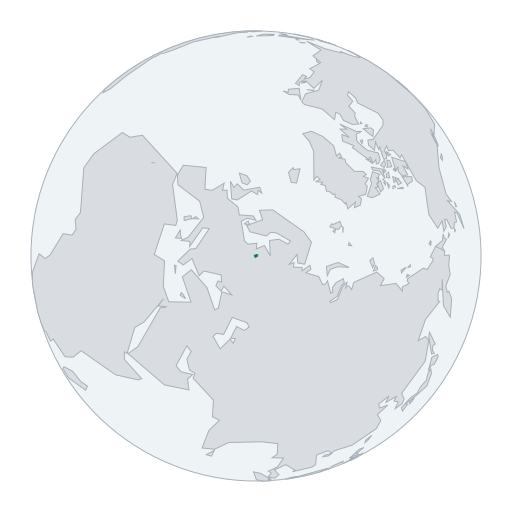 Rezeknes highlighted on a globe, orthographic projection, rotated 75°
{"feature_id": "LVA-1066", "entity_name": "Rezeknes", "entity_type": "Municipality", "adm_level": 1, "iso_a3": "LVA", "parent_name": "Latvia", "parent_adm1": "", "projection": "orthographic", "projection_center": [27.315, 56.501], "detail": "fine", "context": "on_globe", "style": "filled", "palette": "green", "viewbox_px": 512, "rotation_deg": 75, "n_neighbors": 0, "source": "natural_earth", "source_scale": "10m", "svg_char_len": 11625}
<svg xmlns="http://www.w3.org/2000/svg" viewBox="0 0 512 512"><g transform="rotate(75 256 256)"><circle cx="256" cy="256" r="225" fill="#eef3f6" stroke="#a8b0b8"/><path d="M113.6,81.5L138.4,64.5L122.7,74.4L133.9,66.7L134.2,66.5L132.8,67.5L146.6,59.8L157.6,54.3L174.6,49.4L185.5,52.7L179.1,54.3L182.4,55.3L190.7,53.6L195.3,52.3L218.0,56.4L245.4,56.4L254.0,52.9L252.1,56.8L268.6,48.4L283.5,48.0L266.6,50.7L264.8,52.8L274.9,53.4L275.2,55.8L280.3,57.5L279.8,60.4L270.0,62.3L269.5,64.3L276.7,64.6L280.7,68.1L270.3,67.2L276.2,73.2L260.9,78.3L233.4,75.0L224.7,81.7L196.0,89.1L198.5,91.4L189.2,96.3L188.6,100.9L183.4,101.3L187.4,104.8L192.2,103.5L195.6,104.7L195.7,107.4L189.1,108.3L188.1,107.1L186.2,108.8L182.9,108.1L184.6,110.0L176.7,111.0L184.6,114.2L178.3,118.5L173.0,118.0L173.6,112.6L162.6,99.5L157.5,98.1L149.6,101.2L134.7,118.0L129.0,119.0L121.2,124.2L124.3,126.0L131.5,122.5L135.4,127.5L143.7,123.1L146.5,124.6L155.1,122.7L153.8,129.0L147.8,136.3L140.6,138.3L137.8,141.7L144.6,144.9L131.1,154.1L122.3,169.9L118.8,171.9L112.1,166.0L112.2,152.6L103.5,146.5L109.0,156.8L100.3,162.1L98.8,165.8L99.2,169.4L102.5,169.9L99.5,173.2L92.9,164.0L95.5,160.8L97.6,163.6L97.6,157.6L93.1,152.1L89.0,155.6L86.5,144.7L83.6,147.2L81.4,146.5L86.2,143.1L77.4,149.2L73.9,139.9L61.8,151.4L73.8,135.5L78.1,127.9L82.3,120.0L80.3,121.6L88.6,109.9L91.5,103.9L85.8,108.5L80.9,114.3L96.4,97.0L113.6,81.5ZM73.4,124.0L69.1,130.3L69.6,130.2L65.1,138.2L61.8,141.8L73.4,124.0ZM60.0,144.9L52.7,159.1L51.2,162.1L60.0,144.9ZM40.0,192.1L39.9,193.1L38.8,200.3L36.3,207.3L37.5,206.6L35.6,215.5L34.7,235.5L34.1,235.5L33.0,261.1L35.7,283.8L36.3,293.5L35.6,294.5L37.5,302.2L37.6,304.4L48.4,334.7L57.0,354.0L58.7,361.3L55.5,358.6L56.4,360.5L49.6,346.2L43.8,331.6L39.0,316.6L35.3,301.2L32.7,285.7L31.2,270.0L30.7,254.3L31.4,238.5L33.2,222.8L36.0,207.3L40.0,192.1ZM58.9,154.0L48.9,177.8L51.4,167.8L51.5,168.8L54.7,162.0L59.5,151.4L62.6,143.5L58.9,154.0ZM61.5,156.5L63.0,152.9L62.0,156.0L61.5,156.5ZM197.3,51.4L190.8,53.3L183.2,54.2L188.6,52.2L197.3,51.4ZM211.8,51.1L208.8,52.4L205.4,50.6L208.1,50.4L211.8,51.1ZM260.2,50.2L254.9,50.3L259.9,49.4L260.2,50.2ZM281.1,57.3L282.5,56.6L284.5,57.8L281.1,57.3ZM155.3,119.4L155.2,121.0L153.6,120.5L155.3,119.4ZM159.1,117.2L157.4,115.5L158.9,114.2L160.0,115.3L159.1,117.2ZM285.7,63.5L288.5,66.0L283.9,63.8L285.7,63.5ZM160.8,119.6L161.9,112.1L164.7,109.9L170.9,112.2L160.8,119.6ZM289.0,67.6L296.0,73.9L299.7,72.7L293.1,80.0L289.4,72.0L283.1,69.4L287.8,69.5L289.0,67.6ZM193.7,102.0L188.6,103.4L192.8,99.7L193.7,102.0ZM195.6,99.4L203.7,87.1L211.3,86.7L207.1,90.7L216.9,88.4L216.6,94.1L211.2,96.7L206.3,95.8L209.9,98.7L195.6,99.4ZM288.3,83.2L288.6,85.2L286.5,83.5L288.3,83.2ZM197.3,104.9L198.2,102.3L204.9,101.7L204.2,106.7L202.3,105.3L197.3,104.9ZM219.6,85.1L224.4,85.6L225.6,90.4L227.6,91.3L217.3,94.2L219.6,85.1ZM200.8,106.8L203.7,109.3L200.6,112.2L196.8,107.4L200.8,106.8ZM206.9,99.5L210.1,99.5L208.1,101.1L206.9,99.5ZM191.3,124.2L192.3,120.9L195.9,120.2L191.3,124.2ZM205.0,110.1L206.0,109.1L207.5,108.5L208.7,110.8L205.0,110.1ZM218.8,97.5L218.2,99.4L223.1,96.5L224.1,100.2L217.0,101.5L220.5,102.5L220.8,103.6L214.7,103.5L218.8,97.5ZM214.5,111.4L205.9,114.7L203.3,120.8L200.0,121.5L204.8,111.6L214.5,111.4ZM215.2,106.7L214.0,109.7L210.6,108.9L209.2,106.4L215.2,106.7ZM227.3,102.2L227.6,96.3L229.1,96.2L227.3,102.2ZM214.4,113.3L216.5,112.5L214.7,113.8L214.4,113.3ZM224.1,105.7L224.0,103.6L225.8,103.5L224.1,105.7ZM220.8,112.7L218.0,113.7L217.0,112.0L220.8,112.7ZM222.9,109.6L225.3,110.1L218.3,110.7L222.5,108.7L222.9,109.6ZM225.8,106.1L226.8,105.3L225.6,107.0L225.8,106.1ZM226.3,118.9L217.7,120.2L215.4,116.2L224.1,115.5L226.3,118.9ZM226.5,479.3L225.7,479.2L213.9,476.2L197.7,464.9L203.9,460.4L201.8,454.7L184.5,436.5L188.3,428.2L183.6,422.9L174.0,421.2L168.5,414.3L162.7,412.2L126.2,399.5L115.2,386.0L102.1,353.0L108.7,347.0L110.0,334.4L155.8,310.8L165.4,318.1L201.2,322.8L205.7,325.6L201.3,336.2L228.2,353.9L237.0,345.6L261.4,353.4L277.7,352.1L283.8,330.7L257.0,332.5L252.5,322.0L274.1,311.5L297.5,309.9L296.5,305.8L281.8,298.2L287.3,289.5L276.7,294.8L280.9,298.8L274.4,302.5L270.2,299.1L272.3,296.0L265.3,294.6L257.0,310.2L260.4,316.0L241.9,318.5L245.8,328.5L240.7,332.9L232.3,317.7L233.3,312.2L217.5,294.1L214.9,300.0L229.6,317.6L224.9,315.9L221.5,324.7L220.4,316.7L205.1,296.5L188.5,296.2L167.1,312.9L157.5,311.0L149.5,302.7L157.6,281.3L178.2,288.1L181.3,281.2L177.4,267.9L184.0,271.3L184.9,266.9L192.7,268.8L204.0,260.7L212.0,261.5L216.6,248.2L221.4,246.9L217.2,255.0L218.7,261.3L238.5,263.2L242.5,260.6L243.9,251.9L249.2,253.8L248.0,245.2L259.5,242.1L244.5,238.9L245.8,229.3L252.8,222.2L250.5,218.7L239.0,230.3L236.9,235.6L239.3,240.9L231.1,255.5L224.2,257.1L222.6,240.2L212.7,240.9L215.8,227.9L245.0,203.5L257.1,198.9L276.5,211.1L273.6,217.4L265.1,216.0L272.7,226.0L272.2,221.0L276.6,222.7L278.9,214.5L282.2,215.4L278.9,206.2L283.1,206.4L285.1,212.2L292.1,200.7L301.0,199.0L301.0,196.1L298.5,193.4L311.4,193.4L310.8,191.2L306.4,190.4L302.5,185.6L300.5,177.4L305.0,177.8L306.4,180.8L316.0,188.1L318.8,196.4L320.5,195.8L319.1,188.7L307.4,179.8L304.9,174.8L311.0,178.1L308.6,176.5L308.8,174.1L313.2,172.3L306.8,168.4L302.8,143.5L311.0,138.0L316.8,143.4L318.8,127.8L327.9,123.7L323.9,122.8L322.1,115.2L319.2,116.4L317.1,115.4L311.1,97.6L313.3,94.1L306.1,86.2L304.0,85.8L302.0,87.9L293.1,80.0L299.7,72.7L304.2,73.8L305.3,68.9L315.2,72.3L324.0,73.2L334.2,80.4L340.3,80.7L340.0,78.8L348.0,78.1L365.4,84.2L352.5,87.8L326.6,82.2L337.3,85.0L335.2,87.0L339.2,89.8L346.7,91.8L347.4,90.3L361.1,108.7L379.8,121.3L377.7,113.0L382.0,110.8L401.4,119.8L426.4,150.9L432.4,149.9L436.5,153.2L439.5,161.1L433.7,156.4L431.8,160.2L428.0,156.7L431.0,168.4L425.7,163.8L430.6,175.6L434.8,176.2L434.1,167.3L440.6,179.9L447.1,177.9L453.9,184.6L463.6,212.2L464.4,230.5L465.7,233.9L462.8,236.7L463.8,249.0L473.0,252.5L474.4,256.8L473.8,276.5L472.9,273.8L465.3,281.3L467.4,293.6L473.2,290.4L475.4,295.7L472.4,301.5L469.8,297.3L467.1,299.7L465.3,289.9L458.3,281.7L455.1,292.6L453.0,286.8L442.9,283.5L436.9,298.7L429.1,330.6L431.9,346.0L427.5,357.8L412.4,346.7L405.2,333.8L400.0,339.7L384.2,334.4L357.7,348.4L353.7,345.2L348.8,349.8L337.7,349.4L331.5,343.3L324.8,346.1L341.3,361.6L348.4,358.4L354.0,347.8L357.2,354.0L368.0,355.4L356.9,377.7L317.2,404.9L313.0,393.6L281.3,361.9L282.1,357.3L282.0,356.8L281.6,356.0L279.0,363.6L273.4,356.4L290.7,381.2L293.7,391.6L316.7,405.7L314.6,408.0L321.9,409.9L344.9,398.2L345.1,402.1L334.4,422.4L302.2,449.4L306.4,458.9L303.9,466.5L283.6,473.4L285.1,476.5L274.6,478.5L273.8,479.7L265.2,480.9L253.3,481.3L226.5,479.3ZM140.0,329.2L138.8,332.9L140.0,329.2ZM322.5,318.3L336.4,314.6L329.6,302.7L334.4,300.5L330.3,297.4L329.0,301.9L319.1,293.0L324.8,286.8L322.9,281.0L318.1,282.0L309.2,294.9L323.4,307.5L320.4,314.2L322.5,318.3ZM34.7,236.0L34.3,239.8L34.2,236.6L34.7,236.0ZM50.1,168.9L48.8,173.0L47.5,176.0L48.2,173.3L50.1,168.9ZM43.0,202.8L42.3,208.1L42.3,203.7L43.0,202.8ZM47.7,181.4L43.5,198.8L43.7,191.3L46.7,180.5L45.6,186.4L47.7,181.4ZM58.8,158.0L57.6,160.9L56.9,161.2L58.8,158.0ZM60.8,158.8L61.0,157.9L62.3,155.9L60.8,158.8ZM100.7,162.7L101.1,163.5L100.8,167.4L99.4,166.2L100.7,162.7ZM108.6,182.1L103.5,187.1L106.2,182.5L103.3,181.5L105.2,170.9L117.2,172.3L111.4,173.5L108.6,182.1ZM111.1,157.7L108.5,163.9L110.9,157.1L111.1,157.7ZM182.3,242.1L184.9,246.1L181.7,250.6L171.6,250.6L176.1,244.0L182.3,242.1ZM189.2,250.8L190.5,234.6L196.8,234.2L193.0,237.1L197.1,238.5L192.1,243.6L197.0,259.6L194.5,264.7L177.2,261.4L184.2,259.5L181.3,255.5L189.2,250.8ZM182.4,197.0L183.1,190.9L196.0,197.9L193.9,202.9L183.7,203.0L180.2,197.2L182.4,197.0ZM171.6,125.5L171.1,123.4L172.9,123.1L174.9,124.6L171.6,125.5ZM191.5,122.7L176.2,134.8L174.7,132.9L167.5,142.7L160.8,141.6L165.7,135.2L155.2,141.9L156.9,135.7L150.2,140.9L161.8,126.7L163.0,121.6L164.2,127.6L170.3,128.8L173.3,127.7L182.6,121.2L188.1,111.3L195.0,111.1L198.5,113.7L198.2,116.0L193.8,115.3L196.6,119.0L190.0,119.8L191.5,122.7ZM234.8,148.5L229.7,145.9L234.3,155.0L227.7,155.2L228.7,156.3L223.9,159.0L219.6,164.4L216.7,163.5L216.3,166.0L213.1,168.0L211.6,171.2L205.8,170.9L203.5,174.9L202.0,172.5L199.6,179.4L198.8,174.3L194.6,176.6L197.6,180.4L169.8,173.2L158.8,174.8L150.0,179.2L149.8,170.2L157.8,160.6L169.7,152.4L180.3,152.4L178.3,148.6L182.8,147.5L182.5,151.0L185.6,145.0L189.2,145.2L199.8,139.0L202.0,130.7L205.9,128.4L206.9,131.7L210.1,127.2L214.6,132.0L217.5,130.5L224.8,134.0L225.0,141.5L228.2,139.3L233.9,142.1L234.8,148.5ZM228.2,120.1L229.9,128.6L227.1,133.0L215.5,125.3L212.3,125.9L204.8,121.5L209.0,115.3L210.7,117.1L213.4,117.4L211.0,119.2L214.9,118.0L217.5,120.6L221.2,120.4L220.7,123.2L228.2,120.1ZM210.9,322.1L214.4,323.2L219.8,323.5L217.7,329.2L210.9,322.1ZM200.2,308.5L203.3,308.4L203.1,316.2L199.5,315.3L200.2,308.5ZM205.3,301.9L203.5,307.8L202.3,304.0L205.3,301.9ZM220.2,254.5L223.6,254.0L223.9,256.1L221.9,258.9L220.2,254.5ZM246.9,177.1L244.5,174.6L245.5,173.4L244.3,166.0L249.0,165.5L251.7,169.8L246.9,177.1ZM279.1,334.9L274.3,339.4L271.9,337.6L274.0,336.4L279.1,334.9ZM244.5,335.7L252.3,338.5L243.8,337.2L244.5,335.7ZM251.9,175.3L250.8,172.3L253.9,173.9L251.9,175.3ZM252.4,164.7L256.1,166.0L249.5,164.5L252.4,164.7ZM341.5,455.3L325.1,468.7L314.8,471.6L313.3,470.1L319.7,463.1L332.0,457.7L338.1,452.4L341.5,455.3ZM475.4,306.9L474.8,309.5L475.8,305.3L477.0,299.6L475.4,306.9ZM475.6,305.9L472.4,313.5L463.9,314.2L467.0,308.1L475.1,299.6L474.7,302.6L476.7,299.1L475.6,305.9ZM479.9,280.7L479.3,285.5L478.9,282.4L479.1,276.6L479.9,272.1L479.6,241.6L480.2,238.2L480.9,249.0L481.2,248.6L481.1,264.7L479.9,280.7ZM432.9,346.6L437.8,350.8L435.0,355.4L432.9,346.6ZM477.3,225.6L478.9,238.4L476.7,224.4L477.3,225.6ZM474.6,214.8L475.7,217.1L474.8,217.5L474.6,214.8ZM467.8,237.8L467.2,243.4L466.1,241.5L466.2,233.4L467.8,237.8ZM459.1,190.5L463.2,196.2L464.5,199.1L462.3,197.9L459.1,190.5ZM291.1,169.0L287.5,179.8L288.1,187.7L293.4,192.2L284.4,190.7L283.5,178.4L291.1,169.0ZM300.9,146.5L296.2,142.9L299.1,141.7L300.6,142.3L300.9,146.5ZM297.4,146.3L289.9,147.3L287.9,143.5L294.2,143.5L297.4,146.3ZM270.9,161.0L269.5,164.1L267.1,162.6L270.9,161.0ZM478.0,217.6L477.8,218.6L478.8,225.5L475.8,208.8L476.6,210.6L478.0,217.6ZM476.2,212.4L477.2,218.7L475.4,210.1L476.2,212.4ZM476.8,218.4L475.7,215.7L475.6,212.4L476.8,218.4ZM475.9,210.0L473.8,203.8L474.7,205.0L475.9,210.0ZM472.9,210.3L474.4,207.4L474.4,215.7L469.3,206.0L468.9,201.3L472.9,210.3ZM438.5,146.0L435.7,144.5L434.0,139.9L436.4,142.3L438.5,146.0ZM425.7,124.6L432.6,138.2L437.7,149.8L438.5,148.1L443.8,154.7L440.1,154.8L433.0,143.5L430.0,135.6L425.0,131.0L420.0,123.5L414.0,120.4L410.4,116.4L414.8,116.9L425.7,124.6ZM411.6,119.4L399.4,112.4L398.1,106.0L400.5,106.1L406.7,111.9L406.9,114.9L411.6,119.4ZM396.1,108.9L396.2,111.8L378.6,110.0L374.6,108.1L387.4,105.6L388.2,108.3L392.7,110.0L396.1,108.9ZM290.9,84.9L288.8,85.2L289.9,83.8L290.9,84.9ZM315.5,116.2L312.9,114.7L314.3,112.9L315.5,116.2ZM306.3,109.6L306.5,112.6L304.4,109.2L306.3,109.6ZM307.3,119.6L305.7,113.8L310.0,119.7L307.3,119.6Z" fill="#d9dde1" stroke="#a8b0b8" stroke-width="1"/><path d="M255.2,254.7L255.2,254.8L255.3,254.8L255.5,254.8L255.8,254.9L256.1,254.9L256.3,254.9L256.3,255.1L256.4,255.3L256.5,255.4L256.5,255.5L256.6,255.8L256.4,255.9L256.4,256.0L256.5,256.1L256.6,256.3L256.7,256.5L256.8,256.5L256.9,256.8L256.8,257.0L256.7,257.0L256.5,256.9L256.5,257.0L256.4,257.0L256.2,257.1L255.7,257.2L255.5,257.3L255.4,257.3L255.4,257.2L255.3,256.9L255.2,256.9L255.2,256.7L255.3,256.7L255.2,256.6L255.1,256.3L255.2,256.2L255.3,256.2L255.3,255.9L255.3,255.6L255.1,255.6L255.0,255.4L254.9,255.3L254.9,255.2L255.1,254.8L255.2,254.7ZM256.1,256.1L256.1,255.9L255.9,255.9L255.9,256.0L256.1,256.1Z" fill="#22c55e" stroke="#15803d" stroke-width="1.5"/></g></svg>